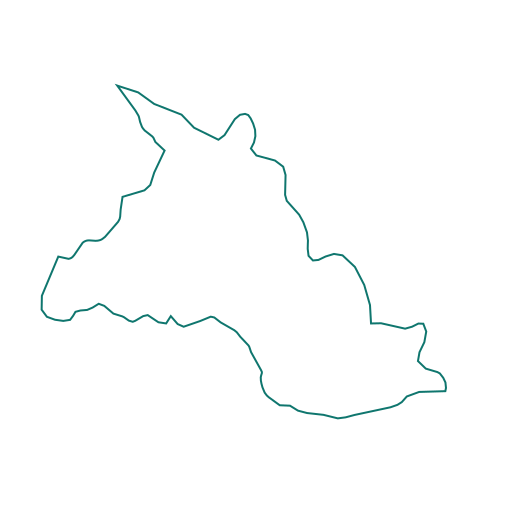 an SVG outline of Chalatenango, rotated 8°
{"feature_id": "SLV-1357", "entity_name": "Chalatenango", "entity_type": "Department", "adm_level": 1, "iso_a3": "SLV", "parent_name": "El Salvador", "parent_adm1": "", "projection": "robinson", "projection_center": [-89.111, 14.18], "detail": "fine", "context": "isolated", "style": "outline", "palette": "teal", "viewbox_px": 512, "rotation_deg": 8, "n_neighbors": 0, "source": "natural_earth", "source_scale": "10m", "svg_char_len": 2020}
<svg xmlns="http://www.w3.org/2000/svg" viewBox="0 0 512 512"><g transform="rotate(8 256 256)"><path d="M94.9,106.6L116.6,110.4L134.0,119.6L162.6,126.4L176.8,137.6L202.6,146.1L208.0,140.7L216.0,123.4L220.5,118.4L225.4,116.8L228.7,117.5L231.5,120.4L234.7,125.2L237.5,131.1L238.7,137.4L238.2,143.9L236.0,150.3L242.4,156.4L261.5,158.8L270.5,163.8L274.0,171.7L276.3,191.4L278.8,197.1L293.0,209.1L298.2,216.0L303.2,225.5L305.3,233.5L305.6,236.5L306.2,241.7L308.0,248.5L313.0,252.5L318.4,251.2L325.0,246.8L332.9,243.1L341.6,243.3L355.5,253.1L367.2,269.6L375.7,288.7L379.3,306.8L389.2,305.2L413.8,307.2L420.4,304.3L426.2,300.3L431.1,299.8L435.1,307.1L434.7,317.9L431.3,328.5L431.0,337.5L439.8,343.9L451.8,345.7L454.4,346.7L458.4,350.6L461.2,354.9L462.5,360.2L462.3,363.5L436.5,367.9L424.9,374.1L420.7,380.4L416.8,383.7L410.2,387.1L375.7,399.7L367.2,403.3L359.6,405.4L344.9,403.9L328.4,404.4L319.1,403.3L310.5,399.5L300.3,400.5L288.3,394.1L286.1,392.6L283.6,390.1L280.7,385.2L279.2,381.7L278.2,378.8L277.9,377.2L277.6,375.5L277.7,373.8L278.1,371.1L278.1,370.9L277.9,369.9L276.8,368.2L264.5,351.9L262.0,346.9L261.1,345.7L251.7,338.2L247.6,334.2L244.8,332.5L230.3,326.7L223.3,322.7L221.3,322.5L219.6,322.4L209.7,328.2L194.2,336.1L187.9,334.3L180.0,327.4L176.4,335.3L168.6,335.2L157.0,329.6L152.7,331.2L145.4,337.0L143.1,338.3L139.1,337.7L133.8,335.0L132.0,334.4L122.8,332.9L112.7,326.5L106.9,325.2L101.4,329.8L96.3,332.9L89.7,334.4L85.0,336.4L83.2,340.7L80.8,345.1L74.2,347.1L65.8,347.1L57.4,345.3L51.2,339.0L49.5,325.2L60.3,284.1L70.8,284.9L72.2,284.3L73.5,283.5L74.6,282.3L75.9,280.3L82.5,267.0L83.6,265.9L84.7,265.1L86.0,264.4L87.6,263.9L89.0,263.7L94.8,263.3L96.5,263.0L98.1,262.5L99.5,261.9L100.8,261.1L101.9,260.1L103.9,258.0L114.7,241.3L115.8,238.3L116.0,235.8L115.5,228.8L115.6,216.0L136.4,206.5L141.4,200.4L143.6,187.5L150.8,164.3L140.5,157.1L137.9,153.1L136.6,152.0L128.3,147.2L126.3,145.4L125.1,144.0L122.6,139.4L120.7,134.5L120.0,133.3L116.3,128.7L94.9,106.6Z" fill="none" stroke="#0f766e" stroke-width="2"/></g></svg>